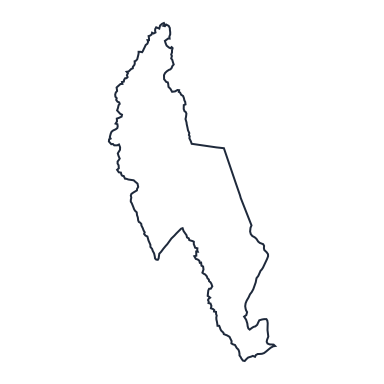 the district of Vila Boa, Goiás, Brazil
{"feature_id": "56859067B63522642700520", "entity_name": "Vila Boa", "entity_type": "district", "adm_level": 2, "iso_a3": "BRA", "parent_name": "Brazil", "parent_adm1": "Goiás", "projection": "robinson", "projection_center": [-47.073, -14.994], "detail": "fine", "context": "isolated", "style": "outline", "palette": "slate", "viewbox_px": 384, "rotation_deg": 0, "n_neighbors": 0, "source": "geoboundaries", "source_scale": "gbopen_adm2", "svg_char_len": 4747}
<svg xmlns="http://www.w3.org/2000/svg" viewBox="0 0 384 384"><path d="M251.5,225.4L240.7,197.9L240.0,195.3L235.8,183.2L227.6,159.1L223.9,148.2L216.5,147.4L191.7,143.8L190.8,141.2L189.4,138.3L189.7,136.3L188.9,135.0L189.3,133.1L188.0,130.3L187.5,127.7L186.7,124.1L186.5,122.4L185.5,119.0L186.0,116.9L186.2,115.3L186.4,113.6L185.7,112.0L184.5,111.2L183.7,109.0L183.8,105.1L185.5,104.4L185.2,101.9L184.4,100.4L183.9,98.1L183.1,96.0L181.1,94.7L180.1,92.6L178.8,91.9L179.1,90.2L177.5,90.0L175.1,91.4L172.1,91.8L171.3,90.4L170.4,88.8L168.5,86.9L168.2,83.9L167.8,82.4L166.2,81.9L165.3,80.7L164.1,79.2L164.0,75.2L165.0,73.1L166.8,71.3L168.9,69.9L170.3,69.4L171.5,68.2L172.4,66.0L173.7,64.5L173.0,62.4L172.2,59.7L171.2,58.5L171.9,56.0L171.2,54.6L172.0,52.4L172.0,50.3L172.6,48.1L171.6,47.1L170.4,48.2L168.9,47.5L166.6,45.6L165.6,43.2L164.9,40.9L166.3,39.9L168.2,38.5L169.6,38.6L169.4,36.5L170.2,34.4L170.2,32.1L169.9,30.0L169.8,28.0L168.7,25.9L166.3,24.6L164.9,26.2L163.4,25.8L164.7,24.6L163.9,23.0L162.1,23.8L160.1,25.5L159.3,28.6L156.2,27.3L155.2,29.1L155.1,30.8L155.5,32.5L153.6,33.5L152.1,32.7L151.6,34.5L150.1,35.6L148.6,36.1L149.0,38.3L149.0,40.1L147.5,40.1L148.1,41.8L147.4,43.7L145.7,45.0L144.7,47.2L143.7,49.2L142.9,51.0L142.1,52.2L140.3,51.8L138.6,51.8L138.6,53.5L138.2,55.4L137.2,59.3L135.8,60.8L134.6,61.3L134.8,63.1L134.5,64.7L132.9,66.8L132.8,68.3L131.2,69.0L128.6,71.5L126.7,71.8L127.9,73.3L126.9,75.2L127.6,77.1L126.5,78.2L125.2,78.2L124.2,79.6L123.8,81.6L122.0,82.0L122.4,83.9L120.5,84.0L117.9,86.3L116.6,87.5L116.9,89.4L117.1,91.0L115.8,92.5L115.2,94.5L115.4,96.7L116.7,98.2L116.2,99.9L117.5,101.7L119.2,102.4L119.7,103.9L118.6,105.2L118.0,107.9L117.1,110.4L120.2,113.8L122.0,114.7L121.6,116.6L118.9,117.9L116.8,118.6L117.0,121.4L115.6,123.6L117.4,124.2L117.7,126.3L117.3,128.1L115.7,129.3L113.1,130.5L111.6,131.7L110.8,133.4L110.2,135.6L109.8,137.2L110.6,138.6L109.1,139.3L108.9,141.5L111.3,144.2L112.9,144.0L114.2,145.3L117.2,145.3L119.0,144.5L120.1,147.3L120.0,149.8L118.5,152.2L117.8,153.4L118.5,155.8L119.7,158.6L118.8,160.0L117.6,161.5L117.6,163.6L118.6,165.3L118.8,168.3L117.1,169.8L118.8,172.3L120.9,172.6L121.4,174.7L122.3,175.8L123.7,176.0L125.0,178.7L126.4,178.8L128.3,179.5L133.7,180.3L135.2,181.7L137.5,183.6L138.2,186.9L137.1,188.8L136.9,190.4L133.4,192.5L131.4,193.9L130.8,195.6L131.3,197.6L130.8,200.0L130.8,201.7L131.8,203.3L133.3,207.0L134.1,209.2L135.0,210.7L136.7,212.3L137.0,215.1L137.8,217.4L138.2,220.4L138.8,221.9L140.1,222.6L141.3,224.0L141.4,225.5L142.7,228.0L143.7,230.7L144.7,232.3L144.1,233.9L145.5,235.6L147.4,236.5L148.5,240.5L149.2,242.1L150.4,244.8L150.4,246.9L152.1,248.9L152.7,250.8L154.1,253.4L154.7,256.0L155.1,258.5L156.2,259.6L157.8,259.8L158.6,258.5L159.3,253.7L161.1,251.8L163.4,248.7L165.8,245.8L167.2,244.3L171.4,238.5L174.4,235.6L176.4,233.4L181.1,228.7L182.6,228.2L183.6,231.1L185.3,233.5L186.5,235.2L187.0,237.4L188.8,238.4L189.3,240.1L191.2,240.7L192.6,241.1L193.8,241.7L193.8,244.2L194.5,245.9L195.1,247.7L197.4,248.3L197.2,250.2L197.8,251.7L196.2,251.6L196.3,255.7L194.3,256.2L195.8,258.9L197.7,259.5L199.3,260.7L199.8,262.8L201.1,262.6L201.5,265.7L203.1,266.5L203.5,269.5L202.4,272.7L203.6,273.7L205.1,274.4L206.8,276.3L207.5,278.3L208.8,279.5L209.1,281.2L210.5,282.3L211.3,283.6L212.3,286.3L210.8,288.7L209.1,288.8L208.3,290.5L208.0,293.1L207.7,295.9L209.0,296.7L210.1,297.7L208.8,298.6L208.0,300.0L208.7,301.6L208.5,303.1L210.5,303.5L211.4,305.9L210.9,308.3L213.1,309.1L214.2,310.0L214.0,311.5L216.0,311.9L216.1,314.1L216.7,315.6L216.3,317.5L216.4,319.5L216.9,321.6L217.2,323.3L217.5,325.8L219.2,325.8L219.9,327.5L220.5,329.3L221.2,330.6L223.4,332.7L223.8,334.1L227.1,335.4L229.5,336.8L231.6,341.1L231.4,343.4L232.9,344.3L235.0,345.0L236.8,348.1L238.3,349.5L239.1,351.4L239.5,353.8L239.5,355.5L240.5,356.8L241.4,358.5L242.9,360.6L244.7,361.0L246.6,358.9L248.2,357.5L251.2,356.6L252.9,355.9L255.0,356.8L255.8,355.1L257.7,354.0L259.1,354.0L261.9,353.8L264.0,353.1L266.0,351.6L268.5,349.5L270.7,347.7L273.2,346.3L275.1,346.0L273.6,344.6L269.6,344.4L267.5,343.5L266.7,341.8L267.0,340.0L268.3,336.6L267.5,330.1L267.7,323.1L267.3,320.6L266.4,319.1L264.4,319.1L262.0,319.5L259.3,320.3L258.2,322.5L257.2,324.8L255.3,326.4L253.8,326.8L252.5,327.5L251.0,328.6L249.7,329.6L248.4,328.5L247.7,326.4L247.3,323.4L246.1,319.7L244.1,316.6L246.3,315.1L247.1,312.1L246.1,310.4L245.6,308.7L245.2,306.2L245.6,303.3L246.7,300.6L248.6,297.4L250.0,294.3L251.7,292.1L253.3,289.2L255.7,282.4L256.5,278.2L258.3,275.9L260.6,270.7L261.7,269.6L263.0,267.6L267.1,258.9L268.1,256.2L268.0,254.2L266.7,252.3L264.3,250.0L263.9,248.1L264.1,245.9L263.2,244.2L259.8,242.9L258.2,241.6L256.4,238.8L254.7,237.3L252.3,236.0L250.8,234.1L250.1,231.5L250.5,227.8L251.5,225.4Z" fill="none" stroke="#1e293b" stroke-width="2"/></svg>